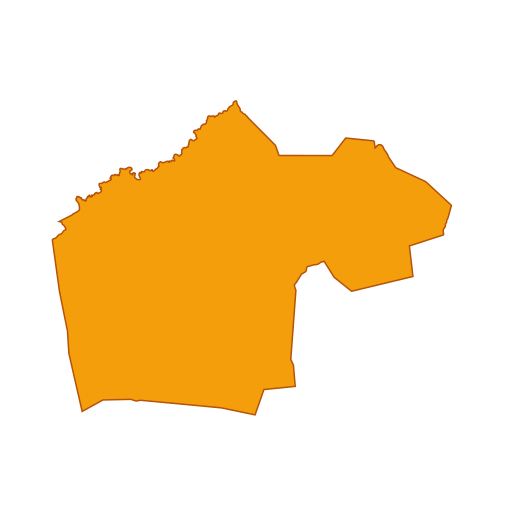 Funhalouro, Inhambane, Mozambique (orthographic projection), rotated 80°
{"feature_id": "85939544B45831091528789", "entity_name": "Funhalouro", "entity_type": "district", "adm_level": 2, "iso_a3": "MOZ", "parent_name": "Mozambique", "parent_adm1": "Inhambane", "projection": "orthographic", "projection_center": [33.954, -22.935], "detail": "fine", "context": "isolated", "style": "filled", "palette": "amber", "viewbox_px": 512, "rotation_deg": 80, "n_neighbors": 0, "source": "geoboundaries", "source_scale": "gbopen_adm2", "svg_char_len": 6140}
<svg xmlns="http://www.w3.org/2000/svg" viewBox="0 0 512 512"><g transform="rotate(80 256 256)"><path d="M169.9,423.4L172.0,422.2L173.6,421.5L174.8,421.3L178.3,421.5L180.1,422.1L180.7,422.9L181.2,424.0L182.0,426.1L182.7,428.7L183.6,429.9L187.9,443.9L188.5,442.4L188.9,441.8L189.4,441.4L191.3,441.1L192.6,439.8L193.8,439.4L194.9,438.8L196.0,438.5L196.7,438.6L197.1,439.0L197.3,440.0L198.0,441.2L200.1,443.4L200.4,444.2L200.7,445.9L201.1,446.9L203.2,449.5L203.6,450.4L203.9,452.4L204.4,453.4L204.9,453.8L257.0,455.7L297.3,454.7L319.4,457.2L378.9,454.2L371.2,431.8L375.4,404.2L377.7,399.9L378.0,398.9L378.1,397.3L377.9,396.1L378.0,394.8L399.5,316.6L412.3,284.5L388.9,271.4L391.2,240.0L370.0,238.1L363.8,239.7L296.5,222.6L294.7,223.1L291.1,223.3L289.4,221.3L288.3,220.2L281.7,214.3L280.4,210.6L279.7,209.5L278.2,208.7L276.3,208.2L275.5,207.5L275.3,206.8L275.1,203.6L274.8,201.8L274.7,200.5L274.9,199.2L274.9,197.0L274.5,195.5L273.4,193.2L273.1,189.8L290.6,182.7L307.3,168.0L303.4,105.0L272.7,103.2L267.8,67.8L267.1,67.4L264.4,67.4L262.7,67.0L261.5,66.1L261.1,65.6L259.9,64.5L257.7,63.9L255.9,62.5L253.9,61.9L253.3,61.6L252.8,61.0L251.9,60.4L240.3,54.8L239.6,55.1L212.6,75.7L211.5,77.0L193.2,103.2L191.8,103.7L181.3,108.4L179.1,108.7L176.4,109.8L173.9,111.1L172.7,111.5L171.2,111.7L169.3,112.6L168.3,113.5L168.0,114.0L167.8,115.3L167.8,116.2L168.6,117.9L170.1,119.5L170.3,119.9L165.4,119.8L164.3,119.6L163.1,120.1L162.3,122.7L155.4,147.2L170.3,163.6L161.0,215.9L150.5,217.6L118.4,239.9L117.5,240.2L115.7,241.6L114.9,242.0L114.5,242.4L113.4,244.0L112.0,244.7L111.2,245.9L110.5,246.2L108.0,246.2L107.0,246.5L105.1,247.4L103.3,248.1L100.1,248.3L99.7,249.0L100.1,250.5L100.5,251.3L100.7,251.6L102.9,252.4L103.3,252.8L104.4,256.1L106.4,258.2L107.7,258.9L108.2,259.6L108.2,260.4L107.5,261.3L107.7,262.9L108.3,263.6L109.5,264.0L109.7,264.7L109.5,265.8L108.9,266.8L109.0,267.7L109.3,268.1L110.1,268.3L110.8,269.3L110.9,270.0L111.2,270.8L111.2,271.4L111.4,271.9L112.0,272.2L112.1,272.6L111.6,273.0L111.0,273.1L110.6,273.7L110.7,274.9L110.4,276.0L110.7,276.4L110.8,276.6L109.9,277.8L109.9,278.3L110.2,278.9L111.1,279.7L111.7,279.6L112.5,279.9L113.0,280.4L113.7,280.7L114.1,281.3L114.9,281.3L115.9,281.6L116.7,282.3L116.9,283.0L117.4,283.3L117.4,283.6L117.1,284.8L117.2,285.3L118.0,286.1L118.0,286.3L117.9,286.6L118.2,287.2L119.5,287.8L120.5,288.6L121.3,288.9L121.4,289.1L121.4,289.4L121.0,289.9L121.0,290.9L121.3,291.4L122.1,292.3L122.0,292.8L121.6,293.9L121.6,294.5L121.8,294.9L122.4,295.7L123.2,295.9L123.5,295.8L123.9,295.3L124.3,295.2L124.6,294.7L125.8,294.4L126.6,294.0L127.7,294.4L129.3,293.7L129.9,293.7L130.2,293.9L130.6,294.7L130.7,295.4L131.7,296.8L131.4,298.2L130.3,299.2L129.8,299.9L130.2,300.9L130.9,301.7L131.9,301.9L132.4,302.3L133.1,302.5L134.4,302.8L134.8,303.3L136.0,303.5L136.9,304.0L136.9,304.6L136.7,305.4L137.2,306.1L137.3,306.6L136.7,307.8L137.1,309.0L137.8,309.5L138.3,310.5L138.7,310.7L139.4,310.8L140.2,310.8L141.6,311.4L142.5,311.4L142.9,311.6L143.2,311.9L143.4,313.1L144.2,313.8L144.3,314.2L144.2,314.4L143.8,315.0L142.7,315.6L142.2,316.5L141.9,317.6L141.9,318.3L142.1,318.6L142.7,319.2L143.9,319.6L144.8,320.5L145.1,320.6L145.7,320.3L146.4,319.5L147.7,319.5L148.1,319.7L148.3,320.1L148.1,320.8L147.5,321.2L147.1,322.0L147.2,322.4L148.1,323.2L148.2,323.6L147.5,324.3L147.5,325.0L147.8,325.1L148.3,325.0L148.5,325.2L148.5,325.6L148.2,325.9L147.4,326.4L147.3,326.6L147.4,327.8L147.7,328.4L147.6,329.5L148.0,330.1L148.1,330.7L148.1,331.1L147.6,331.9L147.5,332.7L146.7,333.4L146.6,333.8L146.8,334.5L147.8,335.7L149.1,336.2L150.5,335.8L151.0,336.1L151.3,337.0L152.5,337.9L152.9,338.9L153.1,339.9L154.3,341.3L154.7,342.1L154.7,342.6L154.2,343.4L153.7,343.4L153.4,343.1L153.1,343.2L153.1,344.2L153.6,344.9L153.6,345.3L153.5,345.7L152.4,346.9L152.0,348.2L152.1,349.6L152.4,350.3L153.5,351.2L153.7,351.6L153.6,352.3L153.0,353.4L153.0,353.9L153.3,354.2L154.0,354.3L154.5,354.8L154.4,355.2L153.6,355.3L153.5,355.5L153.6,355.9L154.7,356.9L155.3,357.1L155.9,357.2L157.7,356.9L158.8,356.5L159.9,356.4L160.4,356.6L160.6,357.6L160.3,358.8L159.7,360.2L158.5,361.1L158.2,361.5L157.6,361.8L157.0,361.8L156.4,361.7L155.5,361.2L154.9,361.3L154.6,361.1L154.4,360.7L154.0,360.5L153.4,360.8L153.0,361.5L152.7,362.5L153.2,362.9L154.3,363.1L154.6,363.4L154.6,363.8L153.5,364.1L153.3,365.2L152.9,365.6L152.1,365.8L151.4,365.5L150.8,365.7L150.5,365.5L150.3,365.1L150.2,364.2L149.4,363.1L148.8,363.1L147.7,363.4L147.2,363.9L146.7,365.1L146.6,366.3L146.9,367.5L147.7,368.2L147.6,368.6L147.4,369.0L147.9,369.8L147.9,370.1L147.5,370.7L147.0,372.3L146.5,373.2L146.3,374.3L146.7,374.9L147.1,375.1L149.3,375.1L149.7,375.3L150.5,376.0L152.7,376.6L152.9,377.0L152.8,377.8L152.1,377.9L151.9,378.3L152.2,379.0L152.3,379.4L151.5,380.0L151.3,380.6L151.3,381.2L152.1,382.3L152.1,382.6L151.8,382.8L151.5,383.3L151.6,384.1L152.3,385.0L152.7,385.2L153.4,385.1L153.7,385.2L154.0,386.1L154.4,386.2L155.1,385.3L155.7,385.6L156.1,386.2L156.2,387.5L156.7,387.9L156.6,388.6L157.0,389.2L157.0,389.7L157.5,390.9L157.5,391.6L156.7,392.5L156.8,393.2L157.2,394.3L157.8,395.3L157.5,396.0L157.4,397.1L157.5,397.7L157.9,398.0L159.1,398.2L161.3,397.8L161.5,397.6L161.3,396.9L161.6,396.5L162.2,396.5L162.8,396.9L163.0,397.4L163.4,397.7L163.7,397.5L163.8,397.2L164.3,396.9L164.7,396.9L165.5,397.1L166.1,397.7L167.0,400.8L166.8,401.3L165.9,401.6L166.0,402.0L165.8,402.3L166.0,402.7L166.0,403.1L166.4,403.9L167.4,404.2L167.6,404.4L167.5,405.2L167.8,406.2L167.6,407.1L168.0,407.3L168.5,406.9L168.8,406.9L168.9,407.2L168.8,407.5L169.2,408.1L169.2,408.5L168.9,408.6L168.8,409.1L168.2,409.3L168.1,409.5L168.0,409.1L167.4,409.1L167.2,409.6L167.5,410.1L168.0,410.0L168.1,410.4L168.0,410.5L168.5,411.0L168.3,411.1L168.2,411.5L169.2,411.9L169.9,413.0L170.4,413.2L170.5,413.4L170.9,413.6L171.7,413.5L171.8,414.0L172.2,414.3L172.0,414.6L172.0,415.0L171.5,415.4L171.2,415.3L171.0,415.5L170.7,416.2L170.9,416.9L170.7,417.1L169.9,417.3L169.5,417.9L169.0,418.0L168.7,418.3L168.2,418.2L168.2,418.9L167.9,419.0L167.4,419.5L167.5,419.9L167.3,420.1L166.7,420.4L166.4,422.0L166.6,422.2L166.9,422.0L167.3,422.0L168.5,423.4L168.9,423.2L169.9,423.4Z" fill="#f59e0b" stroke="#b45309" stroke-width="1.5"/></g></svg>